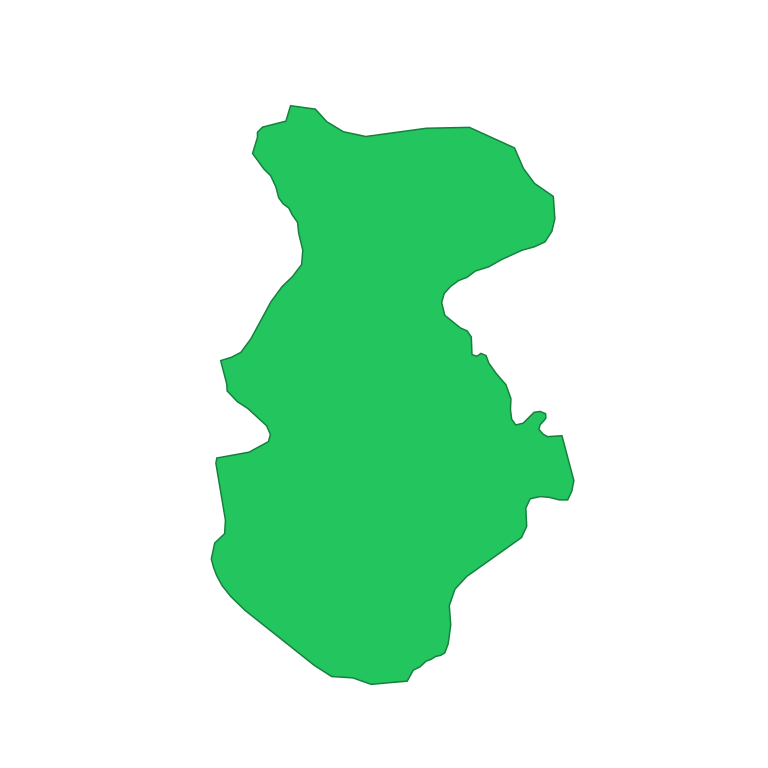 SVG path tracing the border of Al Bayda', rotated 75°
{"feature_id": "YEM-333", "entity_name": "Al Bayda'", "entity_type": "Governorate", "adm_level": 1, "iso_a3": "YEM", "parent_name": "Yemen", "parent_adm1": "", "projection": "mercator", "projection_center": [45.347, 14.319], "detail": "fine", "context": "isolated", "style": "filled", "palette": "green", "viewbox_px": 768, "rotation_deg": 75, "n_neighbors": 0, "source": "natural_earth", "source_scale": "10m", "svg_char_len": 1609}
<svg xmlns="http://www.w3.org/2000/svg" viewBox="0 0 768 768"><g transform="rotate(75 384 384)"><path d="M246.7,171.9L268.6,176.2L279.9,182.3L288.4,191.7L290.4,203.2L290.5,216.2L294.2,238.1L297.9,252.3L298.5,266.4L302.4,276.2L303.4,285.3L307.0,294.4L312.2,302.5L320.2,307.2L333.4,307.5L349.5,295.8L354.3,289.9L361.2,287.5L378.4,291.4L381.3,287.0L379.5,282.5L382.9,278.1L391.0,277.3L402.7,273.0L416.3,266.4L431.0,265.2L441.6,268.5L451.0,269.8L457.7,267.3L457.8,259.6L450.2,246.4L450.9,240.3L454.5,235.6L458.7,236.4L461.0,239.2L463.8,243.8L468.0,246.1L473.8,243.2L477.2,239.6L480.0,225.5L526.5,225.6L536.2,230.4L543.5,236.6L541.3,244.7L536.3,253.6L533.2,262.1L532.7,272.5L540.5,279.1L558.4,283.0L567.9,290.9L591.3,353.9L600.5,368.5L615.0,378.3L634.0,381.9L651.5,389.2L659.5,394.9L660.8,399.6L660.5,404.5L662.1,409.6L662.6,415.1L666.5,422.4L668.0,429.8L677.0,438.5L670.8,474.1L659.8,490.2L653.0,510.3L637.7,524.2L566.6,576.9L549.6,587.0L536.8,592.6L525.3,595.3L516.8,596.1L508.3,596.1L493.8,588.7L487.3,576.7L474.5,572.4L417.0,566.9L412.2,564.6L414.9,532.1L409.7,510.5L403.3,506.8L393.9,508.2L372.4,521.9L363.2,530.2L350.1,537.3L343.4,535.9L319.1,535.7L318.7,524.5L316.4,514.1L305.9,500.9L275.2,471.8L263.5,457.2L256.6,444.7L247.3,432.7L233.7,427.8L216.6,427.4L205.5,425.7L196.4,429.0L189.4,430.4L184.0,434.7L177.0,437.5L165.7,437.4L153.4,439.6L145.5,444.3L127.3,451.3L113.0,442.4L108.1,441.1L104.4,434.8L104.7,410.7L91.0,402.2L100.7,379.2L115.8,371.4L129.8,358.0L140.2,337.6L147.9,277.0L158.2,235.1L189.8,196.8L211.7,193.6L229.2,186.7L246.7,171.9Z" fill="#22c55e" stroke="#15803d" stroke-width="1.5"/></g></svg>